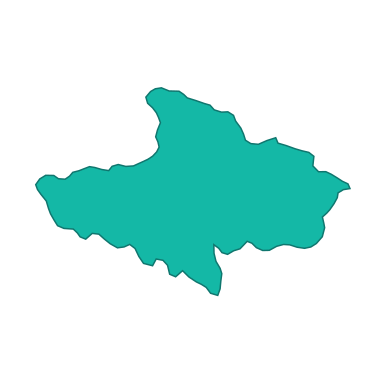 São João do Oriente, Minas Gerais, Brazil (orthographic projection), rotated 279°
{"feature_id": "56859067B69019136303684", "entity_name": "São João do Oriente", "entity_type": "district", "adm_level": 2, "iso_a3": "BRA", "parent_name": "Brazil", "parent_adm1": "Minas Gerais", "projection": "orthographic", "projection_center": [-42.171, -19.35], "detail": "fine", "context": "isolated", "style": "filled", "palette": "teal", "viewbox_px": 384, "rotation_deg": 279, "n_neighbors": 0, "source": "geoboundaries", "source_scale": "gbopen_adm2", "svg_char_len": 1811}
<svg xmlns="http://www.w3.org/2000/svg" viewBox="0 0 384 384"><g transform="rotate(279 192 192)"><path d="M282.9,181.6L284.2,172.6L287.1,168.5L289.5,163.4L288.2,153.6L290.1,145.5L288.2,139.6L284.8,135.4L278.5,131.6L272.7,134.3L269.0,139.9L264.7,144.4L260.5,147.2L255.5,150.0L247.8,148.2L240.8,147.5L236.2,150.5L231.2,152.5L226.0,150.8L221.2,147.5L217.3,143.2L213.6,137.7L208.6,130.1L206.9,122.6L207.6,114.8L204.9,109.1L200.1,106.4L200.1,99.4L201.0,92.1L201.0,86.8L198.3,82.1L195.3,77.0L192.8,71.2L188.5,68.6L184.8,64.7L184.2,58.0L186.7,52.9L185.6,44.9L181.1,39.6L174.8,36.5L170.3,39.0L166.1,43.1L160.3,49.5L153.2,52.9L148.3,55.7L142.9,60.0L137.7,64.5L136.0,71.2L136.8,80.6L133.6,85.2L130.2,88.5L128.8,94.4L135.5,99.9L135.8,106.6L131.8,112.8L128.1,119.3L125.2,127.1L127.1,133.5L130.5,138.7L127.3,144.6L120.0,149.6L113.9,155.3L113.0,164.6L120.2,167.1L120.0,174.0L115.8,179.3L107.3,182.8L105.7,189.1L112.8,195.0L107.6,202.2L103.9,210.3L102.3,215.6L100.0,221.0L94.9,226.2L93.9,233.6L100.7,234.9L108.6,234.4L116.0,234.2L121.0,231.7L127.3,226.5L135.0,223.3L143.4,221.8L140.6,227.2L136.8,231.1L136.0,236.9L140.5,242.4L143.4,248.3L147.4,251.1L151.9,254.2L150.8,259.2L147.1,264.3L145.3,271.0L146.5,277.5L151.6,284.1L154.5,290.6L155.1,296.8L153.9,304.5L154.0,312.0L156.3,318.0L160.6,322.9L168.2,327.7L177.5,328.6L182.2,326.9L187.7,324.7L192.1,328.3L196.1,330.9L202.7,334.1L209.1,336.4L214.0,336.4L218.0,341.1L220.1,347.5L224.4,344.8L226.1,338.9L228.6,333.3L231.3,326.8L233.0,321.0L231.8,313.8L236.7,307.3L246.3,306.8L249.4,301.2L249.9,294.2L250.8,287.2L252.6,277.7L253.7,269.3L258.7,266.2L254.5,257.9L249.5,250.1L249.0,242.5L251.5,236.7L257.3,233.8L262.8,230.2L268.9,224.0L274.2,221.0L276.8,214.9L275.5,208.7L276.6,201.1L280.6,196.2L281.3,190.5L282.9,181.6Z" fill="#14b8a6" stroke="#0f766e" stroke-width="1.5"/></g></svg>